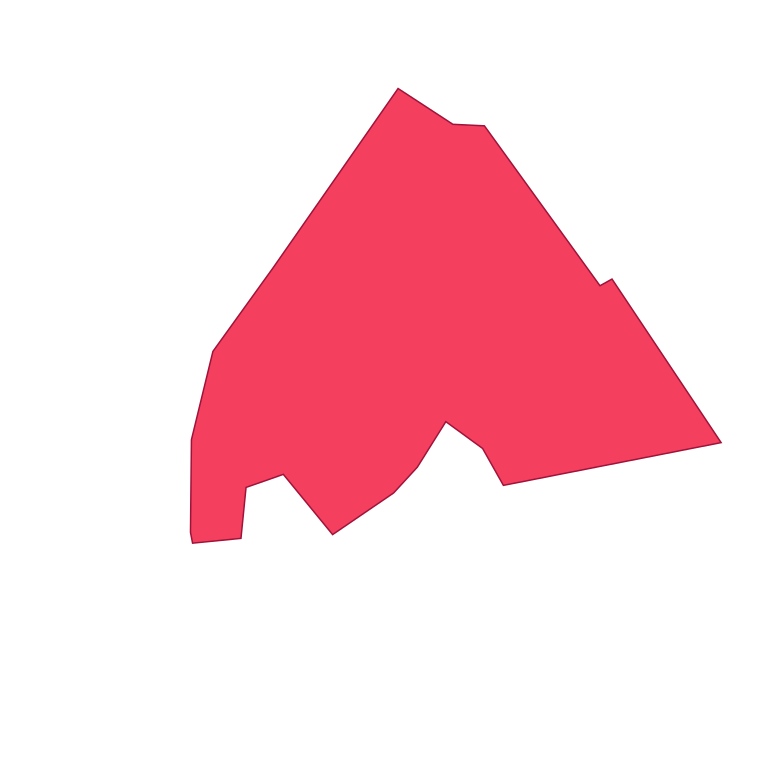 the district of Malbaza, Tahoua, Niger, rotated 326°
{"feature_id": "23599985B4654450212041", "entity_name": "Malbaza", "entity_type": "district", "adm_level": 2, "iso_a3": "NER", "parent_name": "Niger", "parent_adm1": "Tahoua", "projection": "albers", "projection_center": [5.498, 14.04], "detail": "fine", "context": "isolated", "style": "filled", "palette": "rose", "viewbox_px": 768, "rotation_deg": 326, "n_neighbors": 0, "source": "geoboundaries", "source_scale": "gbopen_adm2", "svg_char_len": 423}
<svg xmlns="http://www.w3.org/2000/svg" viewBox="0 0 768 768"><g transform="rotate(326 384 384)"><path d="M136.3,408.9L179.1,432.0L211.8,392.6L250.0,402.6L257.2,480.1L331.1,479.7L365.1,471.6L414.2,449.8L429.7,492.6L426.3,534.8L630.7,621.1L631.7,424.5L618.0,423.3L611.6,226.1L586.3,207.2L560.9,146.9L357.7,225.4L260.4,261.3L193.2,322.5L140.6,398.8L136.3,408.9Z" fill="#f43f5e" stroke="#9f1239" stroke-width="1.5"/></g></svg>